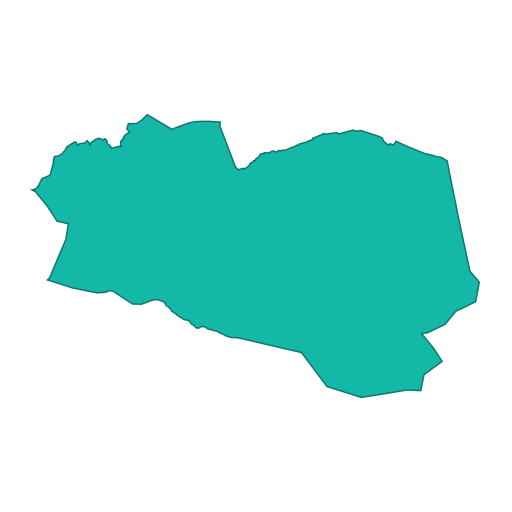 Santa Catarina Ixtepeji, Oaxaca, Mexico (Mercator projection), rotated 269°
{"feature_id": "50627088B41329862144169", "entity_name": "Santa Catarina Ixtepeji", "entity_type": "district", "adm_level": 2, "iso_a3": "MEX", "parent_name": "Mexico", "parent_adm1": "Oaxaca", "projection": "mercator", "projection_center": [-96.56, 17.222], "detail": "fine", "context": "isolated", "style": "filled", "palette": "teal", "viewbox_px": 512, "rotation_deg": 269, "n_neighbors": 0, "source": "geoboundaries", "source_scale": "gbopen_adm2", "svg_char_len": 2833}
<svg xmlns="http://www.w3.org/2000/svg" viewBox="0 0 512 512"><g transform="rotate(269 256 256)"><path d="M112.8,358.8L119.4,404.9L118.5,418.4L134.0,421.8L134.4,421.9L147.4,440.2L160.2,432.2L175.6,420.2L176.2,425.9L184.3,443.8L197.3,454.8L199.7,460.3L203.7,468.7L206.3,474.6L206.7,474.9L225.9,478.8L237.2,469.6L262.2,464.7L290.2,459.2L335.8,450.9L347.7,448.8L351.4,442.9L352.3,438.0L353.4,434.9L355.6,426.2L362.6,409.7L368.3,398.0L366.4,397.1L364.5,394.6L365.8,392.7L365.9,392.0L365.5,391.6L364.7,389.9L368.6,385.7L369.6,384.7L370.6,384.9L370.9,384.3L371.9,384.1L373.3,381.2L375.9,373.8L379.8,362.2L379.1,361.7L379.5,356.2L380.2,355.4L376.5,340.3L377.9,339.4L376.6,327.6L377.4,325.7L376.5,324.6L372.7,314.9L371.7,315.1L368.9,307.9L367.1,301.0L366.2,300.9L366.0,298.2L365.3,297.8L363.3,291.9L361.1,287.0L361.5,284.2L360.6,282.9L361.1,280.3L359.3,278.0L360.2,276.5L360.8,274.4L358.7,270.5L359.3,269.0L358.8,267.9L359.1,266.0L357.7,265.8L358.3,264.0L357.5,261.8L356.3,261.4L353.8,259.1L353.1,257.5L351.4,256.9L351.3,255.2L349.9,254.7L349.5,253.0L348.2,251.4L346.5,250.8L343.0,245.8L343.9,244.9L343.5,243.5L342.6,239.9L345.4,237.0L386.4,222.2L390.6,222.5L391.5,210.1L391.5,199.6L391.0,195.9L390.2,191.4L387.1,182.2L385.2,176.9L384.0,174.4L399.2,149.7L394.1,144.4L390.5,139.0L390.6,130.7L385.2,129.1L382.2,131.9L381.3,130.3L379.9,128.3L378.0,126.1L376.8,125.6L375.8,125.9L375.2,124.9L374.9,124.3L374.1,124.4L373.6,123.4L372.6,122.7L369.8,122.5L368.6,122.7L368.0,123.3L367.9,120.9L368.0,120.1L367.6,119.7L367.1,117.1L366.9,115.4L366.2,114.8L366.5,113.2L367.3,112.9L368.6,112.1L369.1,111.7L371.1,108.9L371.9,109.1L372.7,109.2L374.2,108.7L375.9,106.8L374.8,105.8L376.5,100.8L375.4,97.7L372.1,93.1L369.8,92.1L370.1,91.3L372.2,91.2L374.2,89.2L371.8,86.5L371.3,81.6L369.8,79.6L370.1,79.2L370.6,79.1L371.3,79.0L372.8,78.1L373.2,76.6L368.5,68.9L363.5,66.1L363.6,65.5L361.6,64.0L360.2,61.3L359.3,60.2L359.2,56.7L357.2,55.5L351.2,54.7L340.4,51.5L336.9,43.2L330.4,39.9L327.0,37.2L326.0,33.2L323.9,37.0L321.6,38.6L309.5,48.2L294.2,57.8L291.6,69.0L276.0,66.2L237.8,49.3L235.7,47.1L227.2,72.4L221.9,96.5L222.4,105.5L223.8,107.6L223.5,112.1L210.2,131.7L209.8,140.5L213.8,152.2L214.1,155.8L214.1,157.5L213.3,158.7L212.3,161.4L211.9,163.1L210.1,164.3L208.0,165.4L206.6,167.6L205.2,168.8L204.6,169.7L202.4,170.8L200.7,173.1L199.5,174.9L198.1,176.5L197.1,177.6L194.9,181.3L193.9,182.5L192.8,187.0L192.3,187.8L192.0,188.5L190.4,189.2L188.7,190.9L187.8,192.5L186.7,193.6L185.6,194.6L185.1,195.1L184.9,197.4L186.0,199.3L186.3,200.5L186.4,202.2L185.6,204.5L184.3,206.0L183.5,207.4L183.2,209.8L182.9,210.8L182.3,211.7L181.9,213.2L181.9,214.5L181.3,216.1L180.0,217.9L179.2,219.7L178.7,221.2L176.4,225.2L174.8,230.6L174.8,233.0L174.7,235.8L174.2,237.8L158.7,299.8L143.2,311.0L124.2,324.8L112.8,358.8Z" fill="#14b8a6" stroke="#0f766e" stroke-width="1.5"/></g></svg>